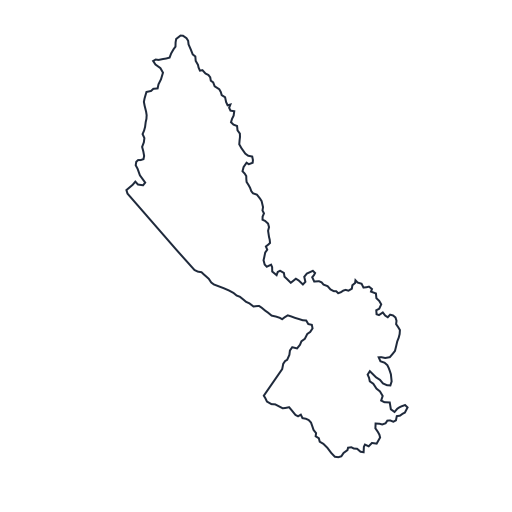 outline of Guarinos, Goiás, Brazil, rotated 144°
{"feature_id": "56859067B11606390380719", "entity_name": "Guarinos", "entity_type": "district", "adm_level": 2, "iso_a3": "BRA", "parent_name": "Brazil", "parent_adm1": "Goiás", "projection": "natural_earth1", "projection_center": [-49.746, -14.703], "detail": "fine", "context": "isolated", "style": "outline", "palette": "slate", "viewbox_px": 512, "rotation_deg": 144, "n_neighbors": 0, "source": "geoboundaries", "source_scale": "gbopen_adm2", "svg_char_len": 4227}
<svg xmlns="http://www.w3.org/2000/svg" viewBox="0 0 512 512"><g transform="rotate(144 256 256)"><path d="M219.2,305.1L221.6,308.5L221.7,311.2L220.7,314.7L220.3,317.9L220.1,321.4L218.7,323.8L216.9,326.4L216.7,329.2L217.1,332.5L213.7,335.3L208.8,337.0L207.9,334.5L203.9,333.4L202.1,335.4L200.6,338.7L203.4,341.7L204.5,345.1L204.4,351.9L203.9,356.2L201.4,359.1L199.0,361.7L197.1,364.5L197.1,368.5L194.9,372.3L197.0,375.5L197.6,378.9L194.7,381.1L191.6,382.7L188.5,385.9L191.2,388.6L190.6,391.7L187.7,393.6L190.4,394.6L189.7,398.1L187.7,402.6L189.2,406.3L188.1,409.3L187.7,412.5L189.7,417.6L188.6,421.6L189.5,424.4L188.0,427.5L188.1,430.4L189.6,433.3L190.1,437.8L192.4,438.9L191.7,442.2L190.6,444.7L190.1,449.3L187.8,453.1L188.7,456.3L187.4,461.3L186.2,466.8L184.4,470.0L184.2,473.1L185.6,477.1L187.5,478.7L193.0,478.5L195.4,476.2L198.1,472.7L201.0,471.8L205.5,469.8L209.3,467.3L212.7,468.6L215.4,470.0L219.6,471.9L221.7,473.9L224.6,474.2L224.8,470.0L222.9,464.2L223.5,459.0L229.0,454.8L234.0,452.2L237.1,449.4L240.8,451.6L243.9,451.2L248.2,453.1L251.2,450.8L253.5,449.0L256.1,446.6L257.8,443.0L260.1,437.3L261.7,434.2L264.0,431.4L266.5,429.2L269.9,425.6L272.9,423.2L276.1,421.3L277.0,417.0L279.9,413.9L284.0,411.2L285.8,406.6L287.7,402.7L290.1,400.5L292.9,401.4L295.0,402.9L297.5,402.6L300.0,400.1L300.5,396.3L302.5,389.5L302.5,380.5L305.8,379.6L309.5,383.2L309.9,387.1L313.9,386.1L322.1,385.5L323.3,382.0L316.9,309.4L316.5,305.2L314.0,280.8L312.2,277.5L309.6,274.9L309.1,272.0L308.4,269.0L307.6,265.3L307.8,260.9L306.8,257.7L301.1,249.0L298.2,244.1L295.9,239.3L294.9,235.4L293.0,232.5L291.8,228.1L291.0,224.8L289.2,221.6L287.7,216.6L285.3,215.3L282.9,213.8L281.8,210.8L280.7,206.4L279.6,203.2L278.4,198.6L275.4,195.2L273.1,192.0L272.0,189.5L269.0,189.6L265.2,189.3L263.1,186.5L260.8,183.0L258.2,179.6L256.0,176.6L253.3,174.3L253.7,170.2L251.3,167.5L252.8,164.2L256.8,162.7L260.3,162.8L265.2,160.3L269.4,160.3L272.6,158.3L277.1,157.1L280.3,160.9L284.1,159.6L287.1,156.4L289.7,154.9L291.8,153.7L294.2,153.9L297.3,152.8L301.3,149.1L331.8,138.4L332.0,135.6L332.7,131.8L330.6,127.1L327.7,124.7L326.1,121.5L323.9,117.1L321.4,115.7L318.1,114.2L317.8,109.8L317.5,104.2L316.2,101.6L313.0,101.3L313.7,97.5L311.3,95.0L309.8,92.3L309.4,88.9L310.6,84.9L311.7,81.4L311.5,77.4L313.7,75.1L312.3,71.6L313.6,68.3L311.9,64.4L311.0,58.9L310.9,52.4L310.2,47.2L307.6,44.8L304.7,43.8L300.9,45.2L296.1,45.2L294.2,46.8L291.3,45.2L290.0,42.7L287.5,40.6L286.5,36.2L284.3,34.0L280.9,38.2L278.7,39.4L276.7,35.8L272.1,36.6L268.7,33.3L262.3,36.2L261.2,38.9L260.8,42.1L260.7,46.4L257.7,50.2L254.6,47.6L252.9,45.5L249.5,44.5L246.5,45.6L244.1,44.1L242.3,41.2L239.4,40.8L236.2,43.7L233.4,42.2L230.1,42.2L227.6,41.8L222.4,44.4L223.0,47.8L226.8,48.9L229.1,49.3L231.4,49.4L235.6,48.4L237.0,52.7L233.9,58.9L238.1,62.3L239.7,65.5L235.8,68.3L235.3,73.6L236.5,77.9L236.2,83.7L237.6,87.7L236.1,91.1L235.4,94.4L231.6,95.9L230.2,87.3L228.5,82.9L228.2,78.3L226.0,74.5L223.4,72.3L220.0,74.8L216.4,81.0L215.4,84.1L214.5,87.2L213.9,90.5L214.7,94.1L217.2,97.7L216.3,101.9L214.1,100.5L211.4,97.5L207.2,95.5L203.0,96.5L199.4,97.5L195.7,100.6L191.9,103.9L188.6,106.0L185.7,108.4L183.1,111.5L182.8,114.9L182.7,118.5L180.4,121.0L179.3,124.3L180.1,127.4L182.0,129.7L185.4,129.0L186.5,131.9L186.6,135.8L191.2,135.9L192.7,138.0L190.6,141.4L187.3,140.9L183.1,143.3L182.7,147.3L183.4,151.1L181.0,155.2L183.9,159.6L181.6,161.1L182.6,164.8L185.0,165.8L187.6,167.3L186.9,171.5L189.4,174.8L189.8,177.9L191.7,175.9L195.2,175.7L197.7,173.2L201.6,173.6L203.4,175.9L205.7,176.7L208.6,176.8L211.4,177.6L211.8,180.3L213.8,181.9L215.4,185.2L215.8,189.5L218.2,193.2L218.4,196.1L219.9,198.6L223.9,201.1L223.0,205.8L220.5,206.4L218.2,207.5L218.7,210.6L222.3,211.3L225.2,211.9L229.2,210.8L231.2,206.1L234.8,205.4L235.8,211.0L237.1,214.2L240.7,214.0L243.6,213.9L244.5,219.4L245.1,222.5L243.4,225.9L245.2,229.9L247.8,230.3L250.6,228.4L252.0,233.9L249.5,237.5L248.9,240.1L253.6,241.0L254.0,244.0L252.4,248.1L250.0,250.2L246.5,253.4L243.2,254.5L242.4,257.9L239.4,258.0L237.0,258.3L235.3,261.2L234.3,263.7L231.4,269.3L228.5,271.7L227.2,275.1L228.0,279.0L229.4,281.5L227.5,284.0L224.5,285.8L224.0,289.0L221.6,291.4L219.2,297.1L219.0,300.0L219.2,305.1Z" fill="none" stroke="#1e293b" stroke-width="2"/></g></svg>